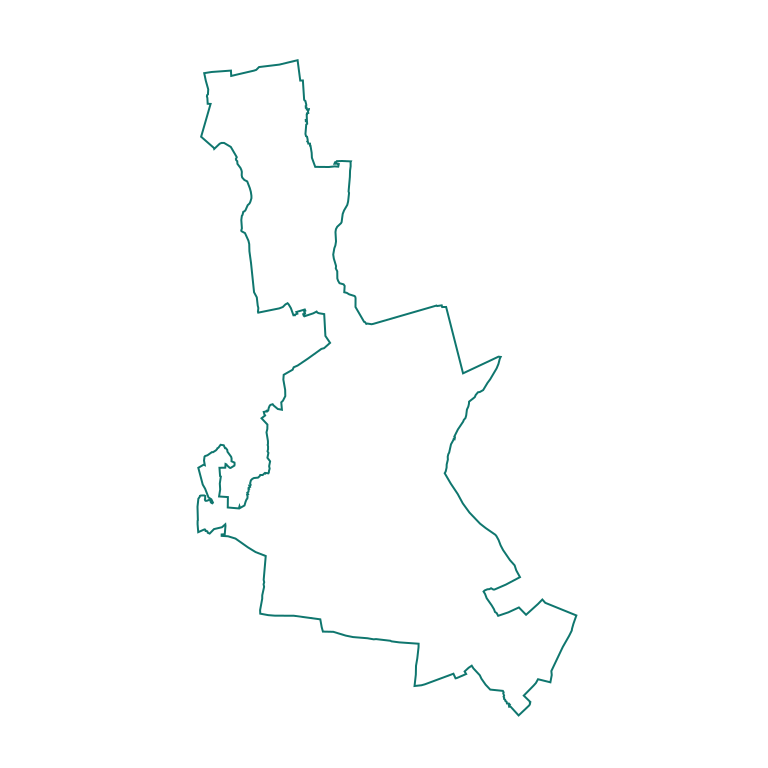 the district of Balabanesti, Galati, Romania, rotated 189°
{"feature_id": "2599482B66378466198707", "entity_name": "Balabanesti", "entity_type": "district", "adm_level": 2, "iso_a3": "ROU", "parent_name": "Romania", "parent_adm1": "Galati", "projection": "orthographic", "projection_center": [27.746, 46.074], "detail": "fine", "context": "isolated", "style": "outline", "palette": "teal", "viewbox_px": 768, "rotation_deg": 189, "n_neighbors": 0, "source": "geoboundaries", "source_scale": "gbopen_adm2", "svg_char_len": 6116}
<svg xmlns="http://www.w3.org/2000/svg" viewBox="0 0 768 768"><g transform="rotate(189 384 384)"><path d="M610.2,662.9L607.5,655.8L603.7,647.5L603.2,642.5L603.9,641.7L603.9,640.3L603.2,638.9L602.0,633.2L599.1,633.5L603.3,599.6L589.0,590.6L588.5,589.6L583.9,595.6L582.2,596.7L579.7,597.1L572.4,594.2L564.9,585.0L565.5,583.1L565.0,582.0L563.8,581.1L563.2,578.5L559.6,575.0L558.3,573.0L557.6,571.3L557.2,567.9L556.4,565.8L553.9,563.7L550.8,562.7L547.2,556.5L545.6,553.0L544.4,549.2L544.0,546.8L544.5,543.1L545.1,541.2L546.6,539.3L548.0,534.0L548.8,532.8L549.9,532.1L550.2,528.8L550.7,527.9L550.6,523.7L548.7,515.5L549.0,513.3L548.6,512.6L544.9,511.3L540.3,504.3L539.0,501.1L537.7,494.1L534.3,482.8L526.7,454.3L523.2,449.7L521.0,441.7L520.0,439.4L519.8,435.6L519.4,434.8L499.3,442.3L496.0,444.2L493.8,447.2L491.9,448.7L490.6,447.7L487.8,444.3L484.2,437.7L482.8,438.0L482.9,438.5L480.6,439.9L481.8,441.4L473.9,445.2L473.2,444.1L474.2,443.4L474.1,442.8L473.9,442.3L473.5,442.4L473.0,441.2L474.7,440.3L474.0,439.0L473.5,439.2L473.1,438.5L465.0,442.7L461.9,445.0L461.0,444.1L459.3,443.7L454.0,443.7L449.4,422.3L443.7,416.2L448.8,410.0L451.3,408.9L463.2,397.1L472.2,388.7L475.8,386.4L476.5,383.8L484.5,377.4L484.1,372.6L480.7,362.7L479.6,356.6L481.2,351.7L482.6,349.8L480.8,342.6L485.0,342.7L489.8,345.6L490.8,346.6L492.9,345.6L493.6,344.4L494.1,342.3L494.2,339.7L495.2,338.6L495.7,339.2L496.8,338.2L498.4,337.6L497.5,335.5L496.5,334.3L499.6,331.0L492.8,325.7L492.2,321.3L492.5,317.9L489.7,309.5L489.2,306.4L489.4,305.6L488.8,304.5L488.3,301.4L488.5,299.3L487.4,297.9L487.6,292.9L484.4,289.8L484.6,284.9L483.7,282.5L484.0,280.1L483.9,278.6L484.2,277.7L487.0,277.6L487.2,277.1L487.8,277.4L489.6,275.1L492.0,274.8L492.4,273.5L493.8,271.8L497.7,270.8L499.2,269.7L500.4,268.0L500.7,264.9L499.9,263.5L500.2,262.8L501.1,262.6L500.2,261.4L501.5,260.3L501.5,259.7L500.8,259.1L501.3,258.4L501.0,257.3L501.1,256.2L502.0,255.3L501.0,253.8L501.9,253.4L501.1,251.3L501.1,249.4L501.7,248.6L502.3,246.1L502.8,242.2L506.8,239.0L507.6,240.6L507.9,238.4L519.0,237.6L520.5,247.9L529.3,247.1L529.3,254.2L530.6,260.0L530.7,267.1L531.5,267.4L533.4,275.5L527.7,276.5L528.0,280.2L527.0,279.9L526.4,279.1L523.3,277.1L522.4,277.1L519.0,280.0L519.0,281.4L519.4,283.0L522.5,283.8L522.9,286.6L523.6,288.2L528.0,292.6L528.6,294.5L530.4,296.0L531.0,295.8L532.7,298.4L535.9,298.4L537.6,295.1L538.5,294.5L538.7,293.6L539.6,292.2L542.2,289.9L543.3,289.8L547.2,286.0L549.5,284.8L549.9,284.1L549.8,280.2L548.3,275.8L549.5,276.1L554.3,272.2L547.3,256.3L544.3,252.6L539.6,244.5L536.5,243.1L534.4,240.1L534.9,239.3L535.9,239.6L536.7,240.3L537.5,242.2L538.1,242.5L540.4,241.1L541.7,240.7L542.4,241.0L542.9,242.2L542.7,242.6L543.1,245.5L544.1,245.8L547.5,245.2L548.3,244.7L548.4,243.6L549.4,241.7L549.0,233.6L546.5,220.2L546.7,219.8L546.2,216.4L544.3,208.6L538.6,212.3L537.8,212.2L537.2,210.9L535.9,211.0L535.3,210.7L534.8,209.5L532.8,209.0L529.2,214.1L521.6,217.2L518.8,220.6L518.4,219.2L517.8,210.7L520.8,210.0L520.6,208.6L514.2,209.2L506.5,208.1L492.9,201.4L484.5,197.9L473.9,195.6L472.2,171.7L471.3,169.5L471.6,167.4L470.7,164.9L471.2,156.3L470.7,152.9L471.0,141.3L470.3,137.8L462.1,137.6L455.8,138.1L436.7,141.0L410.1,141.6L407.5,134.1L405.6,129.9L395.3,131.3L382.4,129.5L375.0,129.2L360.6,130.3L354.2,130.2L352.0,130.8L337.5,131.4L336.4,131.0L328.5,131.2L309.2,132.9L308.7,129.4L308.2,118.3L308.3,110.7L307.1,101.9L306.6,90.5L299.9,92.3L296.6,93.8L270.1,108.7L267.3,104.5L266.2,104.9L257.5,110.4L259.4,112.7L256.0,117.0L253.3,119.5L251.2,117.1L243.8,111.3L241.7,108.2L236.6,102.9L231.3,98.8L218.6,99.5L217.6,98.2L217.9,97.3L216.6,94.9L217.0,93.9L216.2,92.8L216.2,91.8L214.9,91.0L214.6,90.0L213.3,89.4L212.6,87.7L210.6,87.9L209.6,87.0L210.4,86.2L209.9,84.8L208.6,85.2L199.2,77.7L190.2,89.4L189.7,91.1L190.1,91.9L189.7,92.8L197.2,98.1L189.0,109.6L187.2,112.4L185.7,116.5L173.0,115.4L172.8,122.8L173.8,126.7L166.3,152.2L161.8,164.1L160.0,169.8L160.0,171.7L159.4,176.8L157.8,185.5L190.5,193.1L193.9,195.9L197.5,190.8L207.6,178.3L215.8,184.4L225.5,177.9L235.0,172.9L236.9,175.4L238.7,176.2L240.1,178.7L243.0,182.2L249.1,188.5L251.3,192.4L253.2,194.6L252.3,195.8L249.8,197.4L247.7,197.9L246.3,199.0L243.9,198.1L242.7,198.3L232.3,204.9L219.5,214.5L224.2,220.6L226.6,225.3L232.0,229.7L240.4,238.6L243.6,242.9L246.4,247.8L249.1,251.3L250.4,252.5L261.0,257.6L267.3,261.1L279.5,270.4L287.5,278.4L294.0,286.9L302.5,296.1L310.1,305.4L309.4,307.2L309.1,311.2L309.5,314.3L309.1,319.3L309.7,322.2L309.5,324.8L308.9,326.5L308.4,334.9L306.8,339.3L306.6,340.7L305.7,340.5L305.6,342.6L306.3,343.1L303.9,350.7L299.9,359.3L299.6,360.9L298.2,363.2L297.9,365.9L298.1,371.7L297.2,374.9L297.0,377.6L297.2,379.9L292.3,385.2L291.7,387.5L289.9,390.5L288.1,391.1L285.1,393.5L281.9,401.4L279.9,405.2L275.2,417.1L274.1,421.7L273.6,427.0L273.0,429.0L275.2,428.9L307.6,406.9L334.7,469.8L338.6,469.1L339.3,470.7L343.8,469.3L344.4,469.7L403.8,441.8L405.6,441.1L409.8,441.1L410.9,440.6L412.3,442.1L413.4,442.3L424.2,455.6L425.5,464.2L425.9,465.4L426.8,466.3L432.4,467.1L435.0,468.2L437.6,468.4L438.2,474.7L439.5,476.1L443.7,476.6L445.5,478.8L446.6,480.9L447.8,488.0L449.7,490.6L449.8,493.0L453.2,500.1L454.4,503.9L454.3,510.3L453.7,513.3L453.7,517.3L455.7,526.5L455.7,529.4L454.8,532.0L451.6,536.1L451.2,537.3L451.4,545.5L450.6,549.2L448.3,555.1L448.0,558.6L448.4,567.2L449.1,568.6L450.1,583.2L450.9,589.4L451.0,593.8L451.7,597.9L451.5,598.7L460.3,597.7L465.5,596.7L465.8,595.9L467.0,595.4L467.4,593.8L464.2,594.4L464.0,594.0L463.1,594.1L463.2,591.5L466.8,591.2L472.4,589.7L485.9,587.7L490.6,596.2L491.6,601.0L493.9,607.9L494.4,607.9L494.7,609.8L496.4,609.6L496.9,611.1L497.7,611.5L497.4,612.3L497.7,613.6L498.7,616.2L499.8,616.6L500.7,618.7L501.4,628.1L500.6,629.0L501.2,631.5L502.3,631.3L502.6,632.6L501.5,632.9L502.5,638.1L502.2,638.3L502.4,639.3L501.2,639.8L502.1,642.8L501.2,643.1L501.2,643.7L503.2,643.1L503.6,644.5L504.4,644.5L504.8,646.2L504.3,646.5L504.5,647.8L505.9,651.2L507.0,651.8L507.4,652.5L511.6,671.1L514.2,670.6L520.0,690.3L537.3,683.1L557.0,677.5L559.3,674.3L561.4,673.2L583.1,664.4L584.2,669.6L603.1,665.2L610.2,662.9Z" fill="none" stroke="#0f766e" stroke-width="2"/></g></svg>